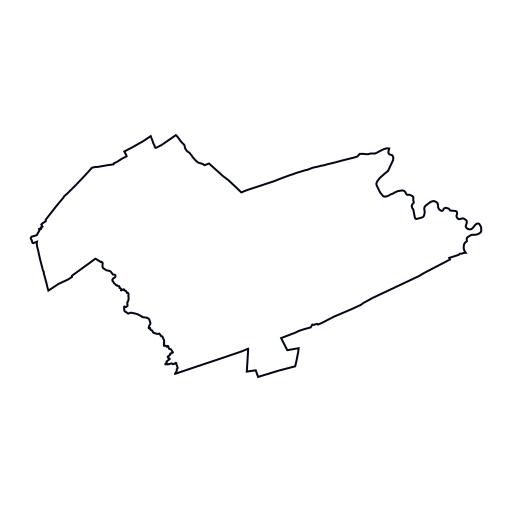 the district of Gura Sutii, Dâmbovita, Romania
{"feature_id": "2599482B56661116517086", "entity_name": "Gura Sutii", "entity_type": "district", "adm_level": 2, "iso_a3": "ROU", "parent_name": "Romania", "parent_adm1": "Dâmbovita", "projection": "natural_earth1", "projection_center": [25.479, 44.756], "detail": "fine", "context": "isolated", "style": "outline", "palette": "ink", "viewbox_px": 512, "rotation_deg": 0, "n_neighbors": 0, "source": "geoboundaries", "source_scale": "gbopen_adm2", "svg_char_len": 6032}
<svg xmlns="http://www.w3.org/2000/svg" viewBox="0 0 512 512"><path d="M175.2,373.8L196.5,366.6L217.8,359.5L241.4,351.5L248.1,348.7L248.2,348.9L246.8,371.6L255.7,370.3L258.1,376.9L278.8,370.6L295.2,366.3L296.5,360.7L298.2,351.9L298.6,348.2L287.3,350.2L281.1,338.1L295.7,332.5L298.6,331.0L303.7,329.3L310.7,327.4L312.3,324.6L314.0,324.9L315.6,324.2L317.3,323.9L317.9,324.6L321.7,323.0L333.9,316.7L351.5,309.2L360.8,304.9L363.0,303.2L372.5,298.0L418.9,276.1L423.9,273.1L432.1,268.8L450.0,259.5L449.2,257.9L456.7,255.5L458.9,254.7L459.9,253.8L460.6,253.6L461.9,253.7L463.4,253.0L465.7,252.8L465.1,252.0L464.3,250.4L463.8,248.8L463.7,247.3L463.9,244.9L464.4,243.7L465.0,242.7L466.8,241.3L466.9,240.8L466.7,239.5L466.8,238.2L467.6,237.2L470.4,235.4L471.8,234.8L474.7,234.8L476.3,234.6L478.4,233.9L480.6,232.5L481.3,230.7L481.1,227.3L480.2,225.4L479.3,224.0L478.3,223.5L476.7,223.7L475.4,224.7L473.1,227.6L472.4,228.3L471.4,229.1L470.2,229.4L469.0,229.3L467.0,228.5L465.9,227.0L465.7,226.3L466.0,225.0L466.6,223.6L466.8,222.4L466.7,220.9L466.1,220.1L463.8,218.6L462.6,218.3L461.5,218.7L459.3,219.2L458.4,219.0L457.2,218.0L456.6,216.7L456.5,215.7L457.1,213.8L457.0,212.3L456.6,211.5L455.4,211.0L450.9,210.6L450.0,210.3L449.6,209.6L448.7,208.7L447.1,208.1L446.2,207.9L445.2,207.9L444.3,208.3L443.6,209.0L443.2,210.1L442.6,210.6L442.2,210.8L441.8,210.9L440.7,210.5L439.3,209.5L438.2,207.7L438.0,205.2L437.5,203.1L436.3,202.0L434.2,201.1L432.4,201.2L430.2,202.2L425.8,205.5L424.8,206.6L424.3,208.0L424.3,209.5L424.7,211.6L424.7,212.5L424.5,213.6L424.0,215.6L423.4,216.6L422.5,217.3L420.5,217.9L417.8,218.6L416.9,218.9L416.1,219.0L415.1,218.2L414.8,217.3L413.3,209.5L412.2,208.0L411.7,206.0L412.2,204.5L413.0,203.6L413.7,202.7L413.8,201.9L413.5,201.0L413.2,200.5L413.2,199.4L413.4,198.1L413.2,196.9L412.3,196.0L409.6,194.8L407.1,194.8L406.2,194.0L405.3,192.0L404.1,190.9L402.2,190.4L397.6,191.2L395.2,192.3L392.7,193.7L390.7,194.4L388.5,195.7L385.7,196.6L384.5,196.6L383.3,196.3L380.1,192.5L378.3,188.7L377.4,187.0L376.5,184.9L376.4,183.3L377.5,180.9L380.0,177.8L384.7,173.6L388.0,171.0L393.1,160.1L393.3,157.3L392.3,155.3L389.9,154.5L388.8,153.8L388.3,152.1L389.2,148.5L386.9,148.3L383.9,149.1L379.6,151.2L377.5,152.4L375.1,153.5L370.4,153.5L368.6,154.1L367.3,154.2L366.2,154.2L364.1,153.9L359.7,153.9L357.4,156.5L355.4,157.2L342.2,160.5L334.8,162.5L326.9,164.4L323.5,165.4L321.8,165.6L316.7,166.9L314.0,167.4L312.0,168.0L307.1,169.9L305.7,170.1L295.5,173.2L294.1,173.8L289.0,175.5L282.7,177.8L273.2,181.5L247.3,190.0L241.3,192.4L236.9,188.1L228.2,180.0L223.0,176.1L209.0,163.5L204.6,165.2L203.6,164.6L203.1,164.1L198.3,162.6L197.2,161.9L195.1,159.9L192.8,157.3L192.0,156.0L189.4,152.7L188.0,151.9L186.9,151.0L185.3,148.7L184.3,145.1L184.1,144.7L181.6,142.3L180.6,141.1L180.0,140.1L178.5,138.1L176.4,135.5L175.8,135.1L175.1,135.7L161.3,145.2L155.8,147.9L155.4,147.8L154.6,146.3L154.5,145.5L153.4,143.5L152.5,140.8L150.7,136.1L143.8,140.8L132.9,147.0L124.3,151.5L126.4,155.4L126.6,156.3L121.6,158.9L117.1,161.8L113.8,163.4L113.6,164.3L111.4,164.7L108.0,165.1L97.2,167.0L95.5,166.9L92.2,167.7L91.2,168.3L91.1,168.7L83.8,176.7L75.7,185.2L66.4,194.4L65.2,195.3L64.1,196.4L63.5,197.5L56.1,206.4L45.8,219.6L45.7,219.9L45.7,221.4L45.1,221.6L42.1,223.6L41.4,224.5L41.9,225.1L41.8,225.7L41.9,226.2L42.2,226.5L41.6,226.7L41.8,227.4L41.4,227.8L41.0,227.8L40.7,228.1L40.7,228.4L41.1,228.7L41.0,228.9L40.8,229.1L40.4,229.2L39.4,228.8L39.0,229.0L39.0,229.3L39.4,229.9L39.4,230.5L37.5,233.7L36.9,235.1L34.5,235.9L31.6,236.7L30.9,237.7L30.7,238.2L32.0,241.1L32.4,242.5L32.6,243.0L33.2,243.2L37.0,241.7L36.7,243.2L36.9,244.0L36.8,244.7L37.2,246.9L38.2,250.7L39.9,258.6L42.4,268.4L43.0,270.5L43.9,272.2L43.7,273.0L46.1,281.7L47.6,288.0L48.4,290.6L58.4,284.0L63.5,281.6L67.0,280.0L69.0,278.9L72.0,276.9L71.9,275.9L72.1,275.6L89.4,263.1L95.2,258.8L95.5,258.7L101.0,262.1L101.4,261.8L102.3,262.3L102.7,263.2L102.5,265.5L102.5,266.9L103.1,268.1L106.4,270.3L109.6,270.9L110.8,271.7L112.9,274.5L114.5,274.7L115.3,275.0L115.5,276.3L115.0,277.3L114.2,277.9L113.6,278.2L112.7,279.0L112.4,279.7L112.5,280.9L113.3,281.7L113.5,282.4L114.1,283.3L115.0,284.0L115.8,284.9L116.5,285.3L117.1,285.3L117.4,285.8L119.2,286.3L119.6,287.2L119.5,287.7L119.6,288.0L120.3,288.2L120.9,288.6L121.2,289.0L121.0,290.3L121.4,290.4L121.7,290.3L122.4,289.8L123.8,289.3L124.2,289.6L124.3,290.4L126.0,291.0L126.6,292.0L126.7,292.6L127.0,292.9L127.5,292.8L128.0,292.9L128.3,293.3L128.6,294.4L128.4,295.3L128.4,296.3L128.6,297.4L128.5,298.8L128.6,299.7L128.2,300.6L128.0,301.4L127.3,302.3L127.4,303.2L127.3,304.0L127.5,305.1L127.5,305.8L126.2,307.0L125.8,307.1L124.5,306.5L124.1,306.8L124.1,308.7L124.4,310.7L124.8,311.3L125.8,312.1L126.4,312.2L127.6,313.3L128.2,313.6L130.1,312.8L132.0,312.8L136.9,314.0L138.5,314.7L141.7,316.4L142.3,317.1L144.0,317.3L145.0,317.5L146.3,317.6L147.7,318.0L149.2,319.3L150.4,323.0L150.3,323.8L150.1,324.5L149.6,325.1L149.1,326.1L148.7,327.7L148.9,328.3L149.2,328.4L149.6,328.1L150.1,328.1L150.3,329.1L150.7,329.9L152.2,330.6L152.5,331.3L153.0,332.0L153.2,332.5L154.0,333.0L156.7,333.8L157.8,333.9L159.2,333.6L159.6,333.9L160.4,334.9L160.6,335.6L161.3,336.2L162.4,336.5L163.3,338.7L164.0,339.9L164.1,340.4L164.2,341.3L163.9,342.4L164.2,343.1L163.9,343.9L164.0,345.0L164.0,345.7L164.5,345.8L165.6,345.7L166.6,346.6L167.3,346.2L167.4,346.5L168.1,346.2L168.4,346.7L168.9,348.6L169.6,348.9L170.5,349.1L170.9,349.3L172.7,352.1L172.8,352.5L171.3,353.3L170.4,353.5L170.0,354.0L169.9,354.3L170.2,354.6L170.1,354.8L168.6,356.1L168.0,356.4L167.7,357.0L167.9,357.4L168.4,357.5L168.5,358.1L168.9,358.4L169.5,358.6L169.7,359.0L166.8,361.4L166.5,361.8L166.5,362.2L166.7,362.8L166.0,363.5L165.5,363.8L165.3,364.1L165.4,364.3L165.7,364.3L166.7,364.2L168.0,364.4L171.4,363.4L172.0,363.6L172.5,364.0L173.0,364.2L173.7,364.1L174.0,363.7L174.3,363.5L174.7,363.6L175.2,363.6L175.5,363.4L175.9,362.9L176.3,363.1L176.3,364.3L176.7,365.0L176.9,365.8L177.7,367.8L177.7,368.0L176.8,369.3L176.8,370.4L176.2,372.0L175.2,373.4L175.2,373.8Z" fill="none" stroke="#020617" stroke-width="2"/></svg>